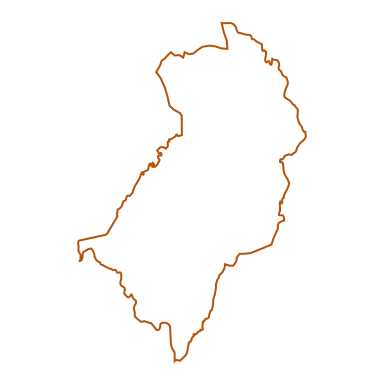 the Province of Muchinga
{"feature_id": "ZMB-5511", "entity_name": "Muchinga", "entity_type": "Province", "adm_level": 1, "iso_a3": "ZMB", "parent_name": "Zambia", "parent_adm1": "", "projection": "equal_earth", "projection_center": [31.586, -11.285], "detail": "fine", "context": "isolated", "style": "outline", "palette": "amber", "viewbox_px": 384, "rotation_deg": 0, "n_neighbors": 0, "source": "natural_earth", "source_scale": "10m", "svg_char_len": 5987}
<svg xmlns="http://www.w3.org/2000/svg" viewBox="0 0 384 384"><path d="M262.0,44.6L262.1,49.2L262.4,50.3L262.9,50.9L263.7,50.4L264.4,50.4L265.6,51.7L266.1,52.0L266.1,54.2L265.1,59.9L265.8,62.0L266.6,62.4L267.9,61.4L268.7,61.1L269.3,61.5L269.7,63.3L270.0,64.1L271.3,64.7L271.8,63.2L272.0,60.9L272.3,58.9L273.7,59.7L276.8,60.0L278.0,61.1L278.9,63.0L279.1,64.1L279.2,65.3L279.0,66.1L278.5,67.5L278.7,68.7L279.2,69.8L280.7,71.0L281.3,71.9L282.2,74.1L282.7,75.0L283.4,75.8L284.1,76.3L286.3,77.4L286.6,78.0L287.6,81.1L287.9,83.3L287.5,85.0L285.8,88.6L284.7,92.3L284.3,94.3L284.3,96.3L285.1,97.7L289.9,100.6L293.1,104.5L294.6,105.2L295.7,107.1L296.8,108.2L297.7,109.5L297.8,112.0L297.4,116.4L297.6,118.3L299.2,123.1L299.7,124.0L301.7,126.6L302.9,130.2L303.8,131.6L305.4,131.8L305.4,133.9L305.8,135.3L305.9,136.7L304.9,138.6L304.0,139.7L301.7,141.9L300.9,142.4L300.2,143.0L297.3,147.3L296.3,150.4L295.7,151.8L294.5,152.8L293.6,153.0L292.5,154.4L291.8,154.9L290.9,154.8L289.0,154.3L285.1,155.7L284.4,156.5L283.3,158.7L282.4,159.4L281.7,159.4L281.1,159.1L280.5,159.4L280.0,160.8L280.0,161.9L280.4,162.3L281.9,162.2L282.8,163.1L283.2,165.6L283.6,170.3L284.1,172.7L285.0,174.8L286.0,176.8L287.3,178.6L289.2,182.9L288.7,185.3L287.9,187.5L283.8,195.8L283.7,196.3L283.9,197.2L283.8,197.7L283.5,198.1L282.6,198.6L282.3,199.0L282.2,200.1L282.3,202.1L281.8,203.2L280.3,201.6L279.8,202.7L280.0,209.4L280.0,210.3L279.6,211.8L278.7,214.3L278.9,214.9L279.9,215.3L281.9,215.2L282.8,215.4L283.6,216.6L284.0,217.9L284.1,220.5L281.3,221.5L278.9,222.8L277.8,225.1L277.8,228.8L273.9,237.3L271.4,244.6L263.6,247.9L250.3,253.2L243.0,253.8L239.6,253.8L237.1,257.1L236.1,261.7L233.2,265.7L229.8,265.7L224.9,264.3L224.9,265.9L224.1,269.2L223.0,270.8L222.9,271.6L220.0,274.6L219.2,275.6L218.5,278.0L218.1,278.8L217.2,280.1L216.9,280.6L216.7,282.2L216.2,283.3L216.0,283.9L216.0,287.3L214.8,294.9L214.2,295.9L213.9,297.8L213.4,299.0L213.2,299.8L213.2,302.4L212.8,305.9L212.7,306.8L212.2,308.4L211.9,310.0L211.0,310.5L210.5,311.0L210.0,312.2L209.0,315.8L208.9,317.2L208.3,318.0L207.2,318.6L205.3,319.1L205.1,319.8L204.1,321.3L203.9,321.4L203.2,321.4L202.9,321.8L202.9,323.3L202.6,324.6L202.5,326.1L202.5,327.8L202.9,329.3L201.2,330.2L200.5,329.8L200.3,330.5L200.0,331.0L199.6,331.3L198.4,331.5L198.1,331.8L197.5,332.7L196.7,333.5L195.4,334.4L194.5,335.2L194.1,334.1L193.7,334.1L193.5,336.0L191.9,338.2L191.3,340.5L191.0,341.1L190.5,341.5L189.3,341.9L189.0,342.6L188.0,347.1L187.5,350.2L186.9,353.1L185.4,355.6L180.8,360.1L179.9,360.7L178.7,360.5L176.6,359.9L175.3,360.4L174.7,361.0L174.7,354.5L174.5,352.3L173.8,351.0L172.5,349.1L171.4,346.3L171.0,344.8L170.1,327.7L169.9,326.4L169.5,325.4L169.3,325.1L168.5,324.3L166.2,322.9L165.4,322.7L162.5,322.8L160.8,323.7L160.4,324.2L160.2,326.8L159.6,328.6L159.0,329.5L158.2,330.0L156.8,330.0L156.0,329.3L151.7,323.7L150.9,323.0L149.4,323.0L147.8,322.2L146.7,322.0L144.3,321.2L143.9,321.2L142.0,321.8L141.0,321.7L138.8,320.1L135.2,316.8L134.8,316.2L134.6,315.7L134.9,313.3L133.8,308.1L133.9,307.7L134.7,305.3L135.8,303.5L136.0,302.7L136.1,301.6L135.9,300.9L135.4,300.2L134.3,299.5L133.2,298.4L132.8,297.6L132.0,295.2L131.5,294.6L130.9,294.8L130.2,296.1L129.7,296.6L128.4,297.5L127.9,297.3L127.1,296.7L125.4,295.0L124.3,293.5L124.3,292.2L124.9,290.0L124.9,289.4L124.7,288.4L124.0,287.4L122.0,286.1L121.2,285.4L120.6,284.6L120.4,283.8L120.4,281.6L121.1,279.6L121.2,278.7L121.3,275.2L121.2,274.0L120.9,273.2L120.6,272.8L120.2,272.5L119.6,272.3L118.0,272.8L117.6,272.7L117.0,272.4L116.7,271.9L116.1,270.6L115.5,269.9L114.4,269.8L113.4,270.1L112.5,269.8L111.6,269.2L110.6,268.7L109.2,268.6L107.8,267.7L106.4,267.3L103.2,265.3L102.1,265.0L100.8,264.4L100.6,264.0L100.0,262.6L99.7,262.2L98.6,261.8L97.6,261.2L96.7,260.5L96.0,259.5L94.6,256.7L94.2,253.8L93.1,251.2L92.1,249.5L91.2,248.5L89.6,248.8L88.3,249.1L83.4,252.0L83.0,252.6L82.8,253.4L82.5,257.4L82.0,259.0L81.5,260.0L81.1,260.5L79.7,261.0L79.7,260.7L80.3,259.9L80.7,258.9L80.4,258.2L80.7,256.1L80.7,255.2L80.3,254.2L79.1,252.6L78.7,251.4L78.4,250.1L78.6,246.6L78.2,244.0L78.1,242.6L78.5,241.4L79.1,240.6L105.6,234.8L106.6,234.3L107.4,233.3L117.4,216.3L117.4,215.8L117.1,215.2L117.0,214.3L117.1,213.4L117.6,211.2L117.6,210.0L117.9,209.4L119.6,208.5L121.8,206.2L122.4,204.6L122.8,202.8L123.3,201.4L124.3,200.8L125.1,200.6L125.6,200.3L125.9,199.7L126.5,197.4L126.8,196.6L127.3,195.9L127.9,195.6L129.9,195.9L130.2,195.7L130.8,194.6L131.1,194.4L132.5,192.8L132.8,192.0L133.3,190.1L134.6,186.7L139.3,178.8L140.4,176.1L140.8,174.4L141.3,173.7L141.9,173.3L142.6,174.4L143.4,174.6L143.7,173.9L142.5,172.3L143.4,172.2L144.7,171.4L147.4,170.3L147.9,169.9L148.4,168.2L148.9,165.6L149.7,163.7L150.9,163.7L150.2,164.6L150.8,165.5L151.8,165.9L152.7,165.6L152.8,163.7L153.0,163.0L153.7,163.7L154.0,164.5L154.1,165.4L153.9,166.2L153.3,166.9L154.6,166.9L155.5,166.5L158.1,163.4L158.3,162.4L159.0,161.5L159.6,160.0L158.2,157.8L157.9,157.1L158.0,156.3L158.5,155.6L160.6,155.6L161.5,155.1L161.3,153.4L160.8,152.9L160.4,152.9L159.5,153.4L158.8,153.3L158.6,153.0L158.1,151.8L157.4,150.8L157.2,150.3L159.8,147.8L160.6,147.3L161.7,147.0L163.9,147.4L165.0,147.9L165.7,148.6L166.1,147.9L167.3,147.1L167.7,146.5L167.9,145.6L167.7,142.4L167.8,141.9L168.2,141.7L169.1,141.6L169.4,141.4L169.3,140.9L168.9,140.3L169.2,139.5L169.8,139.2L171.3,139.0L172.4,138.4L174.4,137.0L175.1,136.8L175.5,136.5L176.0,135.0L176.5,134.6L177.2,134.8L178.1,136.2L181.9,135.2L181.7,115.6L179.8,113.0L173.9,109.7L169.5,105.7L167.5,96.5L165.0,87.9L160.6,78.0L156.2,72.0L160.1,65.4L161.6,60.8L164.5,58.8L168.0,54.9L170.9,52.2L174.8,55.5L179.3,55.1L183.2,57.5L184.7,52.2L189.1,54.2L193.5,53.5L197.4,50.2L202.3,46.9L209.2,45.6L215.1,46.3L221.0,48.3L227.3,48.9L226.9,41.0L223.9,32.4L221.6,23.0L222.9,23.3L230.5,23.0L232.9,23.8L235.0,25.7L235.6,26.8L236.8,30.4L237.6,32.1L238.4,32.8L240.6,33.1L245.6,34.6L249.8,35.0L250.6,35.6L251.4,36.7L251.6,37.3L251.8,38.5L252.1,39.1L252.5,39.3L253.6,39.2L254.0,39.3L256.7,41.7L261.1,43.9L262.0,44.6Z" fill="none" stroke="#b45309" stroke-width="2"/></svg>